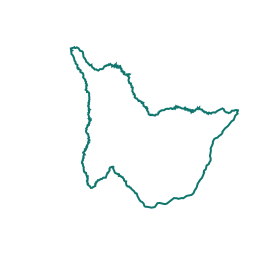 outline of Caldono, Cauca, Colombia, rotated 30°
{"feature_id": "7082276B56423369756647", "entity_name": "Caldono", "entity_type": "district", "adm_level": 2, "iso_a3": "COL", "parent_name": "Colombia", "parent_adm1": "Cauca", "projection": "albers", "projection_center": [-76.491, 2.811], "detail": "fine", "context": "isolated", "style": "outline", "palette": "teal", "viewbox_px": 256, "rotation_deg": 30, "n_neighbors": 0, "source": "geoboundaries", "source_scale": "gbopen_adm2", "svg_char_len": 5768}
<svg xmlns="http://www.w3.org/2000/svg" viewBox="0 0 256 256"><g transform="rotate(30 128 128)"><path d="M38.7,87.7L39.5,88.6L40.8,88.8L40.3,89.4L40.3,89.9L41.1,90.6L41.9,92.1L44.0,92.8L46.2,94.3L48.0,96.4L49.5,97.0L50.4,98.4L52.7,98.7L54.1,101.3L54.5,101.4L55.1,101.0L55.6,101.9L56.6,101.5L58.1,101.7L58.3,101.9L58.1,102.3L58.6,103.2L59.7,103.4L60.8,103.0L61.9,103.4L63.2,104.8L63.8,106.6L66.9,107.6L67.3,108.6L68.5,108.8L69.1,110.4L70.2,110.6L70.5,111.6L70.9,111.4L71.2,111.5L71.1,113.1L72.3,114.6L72.2,116.1L74.1,116.4L74.5,117.3L75.3,116.8L76.2,116.9L77.1,117.5L78.4,119.9L79.3,120.8L79.8,122.1L80.4,122.6L80.5,123.6L81.3,124.7L81.1,125.3L81.6,125.8L81.3,126.2L82.5,127.2L82.2,128.1L82.4,128.9L83.5,129.3L83.7,130.0L84.5,130.7L84.5,131.1L85.3,131.1L85.0,131.5L85.6,131.8L85.4,132.5L86.0,132.8L86.0,133.4L86.5,134.0L86.2,134.5L86.6,134.7L86.6,136.0L88.1,137.2L89.2,138.5L89.6,138.5L89.2,139.4L90.0,139.6L90.1,139.9L90.5,139.6L91.2,140.0L91.6,139.4L91.9,140.0L91.4,141.1L91.6,141.9L91.4,142.6L92.2,143.1L92.1,143.8L92.7,145.2L92.5,145.5L91.7,145.3L91.5,145.9L92.3,147.8L92.0,149.3L93.0,150.0L92.9,151.0L93.2,151.7L93.8,152.4L95.5,153.3L96.5,153.2L98.2,155.3L99.0,155.6L98.9,157.1L100.7,157.7L100.8,157.9L100.4,158.0L100.3,159.1L100.7,160.4L101.4,160.2L101.2,163.6L102.0,164.4L102.0,164.8L101.3,164.6L101.3,165.2L101.9,165.9L101.8,166.6L102.1,166.7L102.0,167.1L102.3,167.6L101.7,167.9L102.0,168.1L101.7,168.8L102.1,169.0L102.2,169.5L101.4,171.6L102.1,172.2L102.9,172.2L103.7,172.6L103.3,172.9L103.4,174.8L104.2,175.4L104.2,176.2L104.6,176.5L104.4,177.6L105.1,178.3L104.9,179.2L105.3,180.0L105.1,180.6L105.9,181.6L106.7,181.6L107.6,182.8L108.8,183.9L109.3,184.0L109.9,185.4L111.6,187.7L112.0,187.6L113.1,188.2L114.1,187.8L115.4,189.5L116.4,190.3L117.2,189.8L117.4,190.1L117.2,191.1L117.5,191.5L118.2,191.5L118.5,192.0L118.9,193.1L118.7,193.7L119.2,193.9L119.2,194.8L120.1,195.2L120.4,196.0L121.2,196.2L121.3,197.1L121.8,197.3L124.1,197.5L125.8,198.5L126.9,197.7L127.1,196.9L128.7,194.6L127.6,193.0L128.0,192.5L127.5,191.9L127.9,191.1L127.5,190.5L128.1,189.7L128.1,188.1L129.1,187.7L129.9,185.7L130.9,185.3L131.4,183.4L133.6,182.1L133.0,179.6L132.8,177.8L133.1,177.3L132.7,176.9L133.2,175.9L133.3,173.9L132.3,172.6L132.3,171.0L133.0,170.6L133.2,169.9L134.8,168.7L135.0,168.2L134.7,169.9L139.1,173.3L141.3,173.2L141.8,172.9L142.2,173.2L143.2,172.5L143.9,173.0L144.2,174.0L145.1,173.4L146.3,173.3L146.8,173.7L148.0,173.3L148.3,173.8L150.1,174.3L150.8,175.4L152.1,175.6L153.1,175.2L153.3,176.1L155.4,178.5L156.9,178.8L158.3,178.1L159.0,178.7L160.3,178.4L161.5,179.1L165.0,179.7L166.7,180.8L167.2,180.8L167.8,180.4L168.4,180.4L170.2,182.2L173.6,184.4L175.5,185.2L177.5,185.1L178.8,185.4L179.9,186.1L180.9,187.2L182.3,187.5L184.9,186.3L188.1,185.3L190.2,183.6L190.8,182.7L191.1,178.4L192.8,177.1L197.2,175.8L198.5,175.1L199.4,174.1L202.8,165.8L205.4,164.4L207.0,164.2L209.5,161.8L211.0,161.2L212.8,157.4L216.2,154.5L216.8,153.5L217.3,151.5L216.9,148.3L217.2,146.5L217.0,144.3L216.2,141.4L216.4,136.9L217.0,134.1L216.3,128.8L215.8,128.5L215.9,128.0L215.4,127.6L215.2,126.9L216.0,124.9L214.8,121.1L216.0,118.9L215.7,117.3L215.8,115.0L215.0,113.2L213.0,111.3L211.1,106.1L209.8,104.5L209.3,99.0L208.4,97.7L208.2,94.7L208.7,93.3L210.4,91.5L210.6,90.1L212.1,86.6L212.2,84.8L211.6,84.0L212.2,79.9L213.6,76.2L214.3,70.6L215.5,68.2L214.7,63.6L215.7,60.7L214.6,59.8L214.4,58.8L214.7,57.8L215.3,57.5L213.1,58.1L211.9,58.9L211.2,60.0L209.4,61.0L209.0,63.2L207.7,64.8L206.6,64.7L205.5,65.3L203.9,65.2L203.1,65.1L201.6,63.9L200.0,63.8L196.8,68.6L195.8,71.1L194.2,71.7L192.7,73.2L192.7,74.0L190.9,74.2L190.6,75.2L190.1,74.6L189.3,75.8L187.9,75.2L186.4,76.2L186.0,76.1L185.8,75.5L183.9,75.8L183.1,75.0L180.8,75.8L180.0,75.6L179.6,74.9L179.3,76.4L178.3,75.9L178.5,76.8L177.5,77.9L177.4,79.5L175.7,80.1L175.7,81.1L176.5,81.0L176.5,81.4L175.9,81.8L175.2,81.6L175.0,82.7L174.3,82.1L172.9,82.1L173.1,81.5L171.9,82.4L171.8,81.6L170.8,82.3L170.1,81.7L169.9,81.9L170.1,82.4L169.3,83.0L168.7,82.5L168.4,83.1L167.8,82.4L167.7,83.0L167.0,82.5L166.8,83.3L165.3,84.0L164.1,84.2L163.0,84.1L162.0,84.6L161.3,84.4L161.0,85.1L160.5,84.6L159.6,84.8L159.5,85.7L158.7,85.3L158.8,86.4L158.3,86.7L159.1,87.4L159.1,87.9L158.1,87.7L157.2,88.7L157.3,89.2L156.8,89.5L155.6,89.3L155.1,89.5L153.3,91.5L152.6,91.5L151.0,92.9L150.5,94.4L148.1,96.0L148.0,96.7L147.0,97.9L147.1,98.7L146.6,99.4L147.1,100.1L147.0,101.4L145.4,102.5L145.1,103.8L144.4,103.8L143.4,104.4L142.3,104.4L142.0,105.0L141.1,105.1L141.1,105.6L140.8,105.8L139.0,105.7L137.6,104.0L135.7,103.2L135.3,102.6L135.3,101.9L134.5,102.0L134.2,101.1L133.6,101.6L133.2,100.9L132.5,101.3L130.3,101.0L129.7,100.0L128.5,99.2L128.6,98.5L127.6,98.6L127.2,99.4L126.1,98.6L124.8,98.7L124.0,99.2L123.9,98.7L122.6,98.8L120.9,98.0L119.7,98.4L118.3,98.0L118.0,96.7L116.6,95.5L116.0,96.0L115.1,94.9L113.4,94.1L111.9,90.6L110.7,90.9L110.0,89.6L108.5,88.9L108.3,88.0L106.3,88.3L105.9,87.5L104.8,86.8L104.2,85.5L103.9,83.7L101.8,83.1L101.8,82.4L102.5,80.7L102.0,80.8L100.9,81.8L100.1,82.1L99.7,83.0L97.3,83.4L96.5,82.4L96.5,82.1L97.2,82.0L97.1,81.6L96.0,81.5L95.0,82.1L94.6,81.4L93.9,81.9L93.4,80.9L92.6,80.5L92.7,80.0L91.9,79.8L90.2,78.2L88.9,79.6L89.7,80.5L88.4,81.2L87.7,81.0L87.4,79.5L86.9,79.9L87.0,81.0L86.6,80.9L85.7,79.2L85.5,81.2L84.9,80.4L84.5,81.7L83.7,81.6L83.4,82.5L82.6,81.5L81.5,81.7L80.6,81.4L80.4,82.5L79.5,82.6L79.6,83.5L78.3,84.2L78.0,85.3L77.4,85.4L77.4,85.8L76.8,86.3L76.7,89.3L76.0,90.1L74.3,91.0L73.6,93.1L72.6,93.3L71.1,93.1L70.0,94.0L69.1,93.8L68.6,93.3L66.8,93.4L65.7,92.4L64.9,92.4L64.6,91.6L63.4,92.9L62.2,92.2L61.1,92.1L60.4,91.6L58.8,91.6L57.8,90.5L56.5,89.9L56.1,89.4L54.4,89.0L53.8,88.5L51.1,85.0L50.1,84.5L47.9,85.1L45.3,83.7L43.3,83.8L42.8,84.8L42.2,85.2L41.1,84.9L40.9,85.5L38.7,87.7Z" fill="none" stroke="#0f766e" stroke-width="2"/></g></svg>